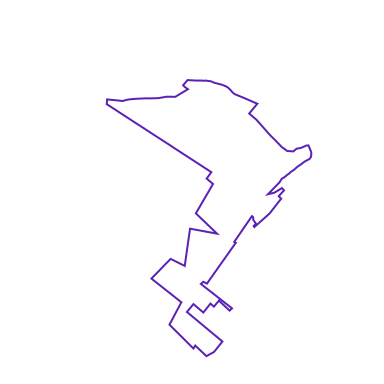 Guadalupe Etla, Oaxaca, Mexico (Equal Earth projection), rotated 133°
{"feature_id": "50627088B16387311054674", "entity_name": "Guadalupe Etla", "entity_type": "district", "adm_level": 2, "iso_a3": "MEX", "parent_name": "Mexico", "parent_adm1": "Oaxaca", "projection": "equal_earth", "projection_center": [-96.805, 17.176], "detail": "fine", "context": "isolated", "style": "outline", "palette": "violet", "viewbox_px": 384, "rotation_deg": 133, "n_neighbors": 0, "source": "geoboundaries", "source_scale": "gbopen_adm2", "svg_char_len": 1885}
<svg xmlns="http://www.w3.org/2000/svg" viewBox="0 0 384 384"><g transform="rotate(133 192 192)"><path d="M283.0,162.6L279.9,124.6L304.4,118.0L305.5,84.2L302.1,84.9L302.2,69.5L293.9,66.8L280.6,67.8L283.2,113.9L273.0,114.5L272.4,101.5L261.0,102.4L260.9,97.8L253.1,98.2L253.1,83.6L249.8,83.4L253.2,122.8L250.0,122.5L248.8,118.6L237.2,120.2L201.1,125.1L199.3,125.3L199.7,127.1L168.8,131.7L168.7,130.1L170.6,128.1L171.6,123.5L174.8,123.7L175.1,122.5L154.8,120.6L141.3,121.8L136.1,122.2L135.9,125.7L128.1,125.8L127.8,128.9L136.4,131.3L141.8,134.9L125.3,134.6L121.0,135.4L118.6,134.6L116.9,134.3L114.9,134.2L112.8,133.6L109.7,133.4L106.2,132.5L102.1,132.2L97.2,131.1L93.1,130.4L89.7,129.3L87.9,128.6L85.7,128.8L84.1,129.7L82.9,130.6L81.5,132.0L79.7,135.9L78.5,138.6L79.8,139.9L85.7,142.5L88.9,145.0L93.2,145.6L97.1,150.4L97.9,157.1L97.5,163.8L97.1,174.5L95.3,192.9L95.2,193.9L95.4,198.0L95.6,203.7L94.9,203.7L93.5,203.8L83.2,204.4L82.9,204.4L87.5,217.4L91.4,227.8L91.4,228.2L91.5,229.5L91.4,231.4L91.1,233.5L91.1,235.0L91.1,236.6L91.1,237.3L91.3,238.0L91.6,239.2L92.0,240.3L92.2,241.0L93.3,243.6L93.7,244.3L94.9,246.5L97.0,250.4L97.2,251.0L97.9,253.0L98.2,253.8L98.6,254.4L99.6,255.7L100.0,256.2L100.9,257.7L101.2,258.0L102.0,258.6L104.3,261.4L105.1,262.3L105.7,262.9L107.1,264.3L109.3,266.9L113.2,271.6L120.0,271.3L120.1,269.0L120.0,268.4L119.9,267.4L119.6,265.1L133.7,269.1L139.7,275.6L145.9,280.3L150.1,284.4L150.2,284.6L152.4,286.8L155.1,289.8L157.9,292.5L161.8,296.3L165.3,299.5L167.9,301.7L170.8,303.7L172.6,304.6L175.5,308.5L182.2,317.2L184.9,315.0L185.9,314.2L185.1,309.7L184.0,303.5L180.4,282.8L180.2,281.9L180.1,281.0L179.3,276.8L176.4,260.0L175.4,254.5L172.6,238.9L172.5,237.9L170.9,228.9L170.6,227.1L164.3,191.4L172.2,190.4L171.8,182.1L205.0,174.6L205.4,145.3L220.2,168.4L251.0,146.9L255.5,162.0L262.4,162.2L283.0,162.6Z" fill="none" stroke="#5b21b6" stroke-width="2"/></g></svg>